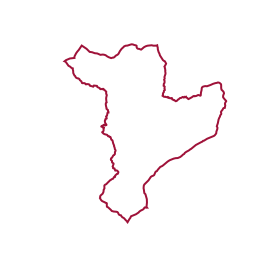 Chivor, Boyacá, Colombia (Robinson projection), rotated 22°
{"feature_id": "7082276B38103327022456", "entity_name": "Chivor", "entity_type": "district", "adm_level": 2, "iso_a3": "COL", "parent_name": "Colombia", "parent_adm1": "Boyacá", "projection": "robinson", "projection_center": [-73.366, 4.86], "detail": "fine", "context": "isolated", "style": "outline", "palette": "rose", "viewbox_px": 256, "rotation_deg": 22, "n_neighbors": 0, "source": "geoboundaries", "source_scale": "gbopen_adm2", "svg_char_len": 5801}
<svg xmlns="http://www.w3.org/2000/svg" viewBox="0 0 256 256"><g transform="rotate(22 128 128)"><path d="M210.2,73.1L209.7,70.6L208.9,69.4L208.8,69.1L208.7,68.2L209.0,66.3L208.8,66.1L206.9,65.2L204.8,64.0L204.2,62.8L204.0,61.3L204.1,60.1L203.5,59.1L202.6,58.4L200.3,57.4L199.4,56.0L198.5,53.8L197.9,52.6L196.1,51.9L195.2,51.9L194.3,52.1L193.7,52.7L192.0,53.8L190.3,55.2L188.4,57.2L185.6,59.7L184.2,60.1L183.3,60.6L182.1,61.5L181.4,62.7L181.5,63.6L182.0,65.2L182.4,68.0L182.8,69.1L183.2,70.6L183.0,70.9L182.6,71.0L181.1,71.0L180.4,71.4L179.4,72.6L178.4,73.3L178.1,73.5L177.8,73.4L177.3,73.8L176.7,73.9L175.8,75.4L173.3,78.5L172.5,78.4L172.0,78.1L171.5,77.9L170.5,77.9L170.1,77.3L169.6,77.7L169.0,77.8L168.9,78.3L168.5,78.7L168.1,78.9L167.4,78.6L167.0,78.8L166.0,80.2L165.2,80.6L165.0,80.8L164.2,82.4L163.8,82.8L163.1,84.5L162.5,85.1L162.1,85.3L161.3,85.0L160.4,85.0L160.2,84.8L159.7,85.0L159.3,85.0L158.7,84.7L158.2,84.8L157.6,83.9L156.9,84.0L156.0,84.7L154.8,84.5L154.1,85.0L153.9,84.9L153.6,84.3L153.2,84.3L153.0,84.6L152.5,84.9L151.7,85.0L151.4,85.1L151.0,85.0L150.0,85.5L149.3,85.5L148.1,85.2L148.3,84.7L148.1,84.2L147.6,83.5L147.6,83.0L147.5,82.2L147.8,81.3L147.4,80.2L147.4,79.7L147.9,79.0L147.8,78.8L147.3,77.9L147.0,77.7L146.5,75.9L145.2,75.5L145.2,74.8L144.7,74.0L144.7,73.3L144.9,72.8L144.8,72.0L144.2,70.5L143.4,69.8L143.5,68.7L143.4,68.1L142.7,67.2L142.5,64.0L142.2,63.0L141.8,62.4L141.1,61.1L141.1,60.7L140.8,60.3L140.4,59.4L140.0,59.1L139.4,57.9L138.8,57.5L139.2,54.8L139.2,54.0L137.3,52.4L135.7,52.2L134.9,51.9L130.4,48.7L129.3,47.3L128.0,46.2L126.8,44.7L126.2,43.9L125.3,42.0L124.8,41.6L124.1,40.4L123.8,40.7L122.4,41.5L120.5,42.2L119.0,42.4L116.5,43.7L115.1,44.5L113.7,45.7L112.5,47.2L110.9,50.3L110.2,50.5L109.0,50.4L107.6,50.8L106.8,50.7L106.3,50.4L105.7,49.8L105.2,48.6L104.9,48.5L104.5,48.4L102.7,48.7L101.3,48.7L100.1,49.0L99.1,49.7L96.6,51.8L95.0,52.6L93.8,53.8L93.6,54.5L92.4,57.0L91.7,59.7L91.4,62.7L90.9,63.9L89.5,65.6L89.0,67.0L88.3,68.1L87.7,68.3L86.2,69.5L83.7,69.6L81.9,69.4L80.0,68.9L78.6,69.0L77.2,69.3L75.0,70.5L71.6,70.4L69.2,71.1L66.3,71.2L63.9,71.8L59.9,70.1L54.2,68.9L53.1,74.1L52.4,76.1L51.9,78.2L51.6,81.5L51.8,82.6L52.1,83.1L48.1,85.3L45.1,88.3L44.2,89.9L44.8,89.9L45.8,90.2L49.5,92.6L51.4,92.8L52.9,93.4L53.6,93.5L54.5,93.4L54.9,94.5L55.6,95.3L56.7,97.6L58.7,99.4L59.5,99.6L60.6,100.6L61.1,100.8L62.7,100.9L63.5,100.6L64.6,100.9L65.4,101.6L67.4,102.3L67.6,102.6L68.5,103.5L69.0,103.5L70.5,102.8L71.1,102.8L71.7,102.8L72.2,103.2L72.7,103.3L73.4,102.7L74.5,102.3L75.4,102.2L76.0,102.2L76.3,102.4L76.6,102.9L77.1,103.1L79.4,102.7L79.8,102.8L80.3,102.7L80.4,102.3L80.4,101.8L80.5,101.4L83.4,100.6L84.3,101.5L86.2,101.6L86.9,101.7L87.3,102.1L87.8,102.3L88.4,102.1L89.2,101.6L89.7,101.6L90.2,101.0L90.5,101.0L90.9,101.4L91.3,101.3L91.9,101.7L92.4,101.7L94.2,102.5L94.7,104.0L95.0,104.3L95.4,105.0L96.0,105.4L96.4,107.9L96.7,108.9L97.9,111.3L98.6,112.2L98.5,112.6L98.2,113.0L98.2,113.4L98.6,114.6L99.8,116.5L100.6,117.5L100.8,118.2L102.7,118.9L102.9,119.6L103.8,120.3L104.1,121.0L103.5,121.3L103.3,121.7L103.9,124.3L103.8,124.8L103.4,125.3L103.4,125.7L104.6,126.9L104.6,127.3L103.8,128.1L103.7,128.4L104.0,129.0L103.8,129.7L104.0,130.4L104.9,131.8L106.7,133.0L106.8,133.4L105.7,134.3L105.4,134.3L105.0,134.0L104.8,134.2L104.5,134.1L104.3,134.2L104.2,134.8L104.1,135.0L103.6,135.2L103.3,135.6L103.3,135.9L102.9,136.0L102.7,136.5L102.9,136.7L103.6,136.6L104.6,136.9L105.6,136.8L105.7,137.3L105.5,137.8L106.2,139.0L106.3,140.0L106.3,140.5L105.7,141.3L105.7,141.6L106.4,142.0L106.9,142.1L107.4,142.4L108.7,142.5L111.1,142.2L111.6,142.4L112.5,143.0L113.2,142.7L113.4,142.7L114.0,143.2L114.5,143.2L115.0,142.9L115.3,143.1L116.7,144.8L117.1,145.1L117.9,145.2L118.3,145.4L120.1,147.9L121.7,149.5L121.8,150.0L123.0,151.3L123.8,152.6L124.7,153.2L125.0,153.8L124.9,155.2L125.6,157.0L125.3,158.2L124.9,158.5L124.6,159.1L124.3,161.5L123.8,162.2L123.7,162.6L123.9,163.6L124.2,164.0L125.3,164.4L125.6,164.6L125.9,165.5L126.2,165.9L127.8,166.3L128.1,166.7L128.2,169.5L128.9,170.0L129.2,170.8L129.6,170.9L130.6,170.6L132.1,172.2L132.5,172.1L133.0,171.7L133.9,171.6L135.1,172.1L135.5,172.4L135.7,172.9L135.7,174.1L135.6,174.4L135.0,174.6L134.1,176.5L133.9,177.3L134.2,177.7L134.3,178.1L134.2,178.4L133.5,178.6L133.3,179.0L133.2,180.5L131.9,181.8L131.6,182.5L130.9,183.3L130.5,184.4L129.8,185.9L128.9,188.2L128.0,189.2L127.7,189.9L127.7,190.4L128.8,192.9L128.6,194.3L129.2,196.5L129.1,198.4L127.9,200.8L127.8,201.3L127.8,201.8L128.0,202.3L128.2,202.6L128.2,203.5L129.9,204.8L131.2,205.4L132.3,205.5L134.7,205.6L135.1,205.8L136.2,205.6L136.7,206.0L137.1,207.2L137.9,208.8L138.3,209.0L139.2,209.0L142.7,210.3L144.0,211.0L146.0,210.8L148.6,210.0L149.7,209.9L150.5,210.3L151.8,211.5L152.1,211.7L153.2,211.8L154.2,211.6L154.6,212.0L156.2,212.9L157.7,213.0L158.9,213.5L160.4,214.3L162.1,214.9L162.5,215.4L162.9,215.6L163.4,212.0L163.8,210.5L163.9,208.7L167.7,205.0L169.6,202.2L169.7,201.5L170.6,200.0L172.3,198.1L172.8,197.2L173.1,195.7L173.5,195.2L174.6,195.1L175.5,194.7L174.7,194.2L173.5,190.0L172.1,186.9L169.0,182.9L167.5,182.2L165.8,179.2L165.0,178.0L164.4,176.1L164.2,175.2L164.4,174.0L166.6,168.9L167.5,164.7L168.3,163.6L169.4,162.6L169.9,161.7L169.9,158.8L170.1,158.0L170.9,157.2L171.3,155.4L172.5,152.0L174.0,150.4L174.7,149.2L177.3,144.3L178.7,142.3L181.8,139.3L183.5,138.1L185.4,137.2L187.3,135.3L188.5,133.2L188.8,132.3L189.8,131.0L190.0,129.8L191.2,127.9L191.8,127.3L193.1,125.6L193.8,124.3L194.3,123.8L197.3,118.3L201.4,113.4L202.1,112.7L202.4,111.8L203.3,111.2L205.4,108.3L210.6,103.2L211.2,102.2L211.8,100.0L211.3,98.2L211.2,95.4L210.7,94.0L209.7,93.2L209.5,89.9L208.8,86.2L208.8,85.5L208.8,84.2L209.0,83.0L208.8,82.2L208.9,81.2L209.2,80.3L209.0,79.5L208.2,78.4L208.4,76.9L208.8,75.8L209.0,74.0L209.4,73.5L210.2,73.1Z" fill="none" stroke="#9f1239" stroke-width="2"/></g></svg>